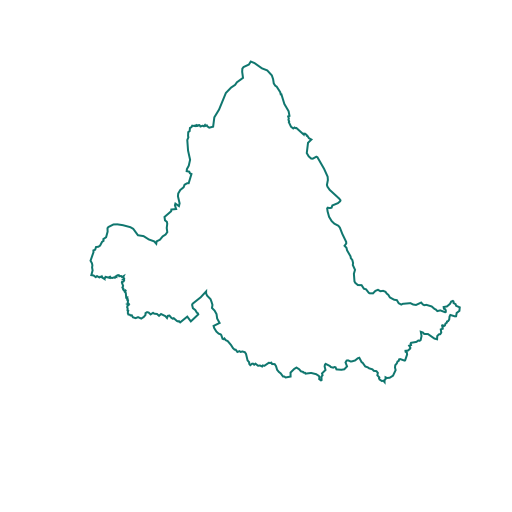 the district of Mueang Uttaradit, Uttaradit, Thailand, rotated 151°
{"feature_id": "78962969B38692905391521", "entity_name": "Mueang Uttaradit", "entity_type": "district", "adm_level": 2, "iso_a3": "THA", "parent_name": "Thailand", "parent_adm1": "Uttaradit", "projection": "equal_earth", "projection_center": [100.198, 17.685], "detail": "fine", "context": "isolated", "style": "outline", "palette": "teal", "viewbox_px": 512, "rotation_deg": 151, "n_neighbors": 0, "source": "geoboundaries", "source_scale": "gbopen_adm2", "svg_char_len": 6118}
<svg xmlns="http://www.w3.org/2000/svg" viewBox="0 0 512 512"><g transform="rotate(151 256 256)"><path d="M102.7,112.3L105.1,115.4L104.8,117.1L106.0,119.1L105.3,120.5L105.6,121.3L107.4,121.5L109.5,120.1L113.4,119.3L116.6,120.4L117.2,118.8L116.3,117.7L116.4,116.4L117.1,115.1L117.8,115.1L121.2,119.1L124.1,119.9L124.7,122.1L125.5,123.1L126.8,126.7L130.7,130.7L132.7,131.4L133.6,132.8L134.1,135.2L139.8,135.6L142.1,137.4L143.8,139.9L150.8,143.0L152.5,143.1L154.1,145.5L154.2,149.1L156.4,150.8L159.0,154.9L159.1,157.9L159.9,159.8L160.1,161.9L161.7,163.9L164.3,164.9L165.7,167.3L168.5,167.6L171.8,166.6L174.6,168.2L175.2,169.1L175.9,173.5L177.5,175.1L177.8,179.3L181.0,181.2L182.2,184.4L182.2,186.0L179.0,193.0L176.1,195.9L175.7,201.2L174.5,202.8L173.7,205.8L174.1,208.2L173.5,209.8L173.6,216.9L172.9,219.3L173.6,222.0L171.0,223.2L170.3,224.6L169.8,233.5L168.9,240.2L169.3,242.5L171.8,246.3L172.9,249.8L173.1,254.8L171.8,260.2L170.7,263.1L169.9,263.5L168.2,262.1L166.5,261.6L164.7,263.2L158.7,262.5L155.8,263.1L155.1,263.8L155.4,265.8L159.5,278.1L159.9,282.0L159.5,283.8L156.3,287.6L154.9,290.6L154.2,299.1L154.4,312.6L155.1,313.6L159.1,313.6L160.5,314.4L161.6,317.6L161.7,321.4L155.6,329.8L151.1,331.0L152.6,333.4L152.8,336.2L153.3,336.5L153.1,337.5L153.9,339.3L154.5,339.6L155.2,339.0L155.3,339.9L155.7,339.9L158.6,348.4L159.5,348.7L160.0,349.7L161.6,349.5L162.7,352.1L162.4,357.2L161.7,357.7L161.6,359.4L160.6,360.4L160.2,362.5L158.8,362.3L157.3,366.8L157.5,375.2L155.4,385.1L156.0,385.4L155.4,387.6L155.8,394.1L156.6,395.6L156.8,398.3L155.3,402.4L154.6,406.3L156.2,412.9L159.8,417.2L163.8,425.5L166.3,428.6L169.4,426.9L175.3,427.3L177.1,426.5L178.8,423.8L181.0,418.1L188.5,417.2L191.3,415.8L196.1,415.4L203.3,413.2L217.3,402.0L225.2,397.5L230.8,389.9L234.7,390.9L235.7,393.0L235.7,394.1L237.1,394.3L237.1,395.3L238.7,394.7L239.5,395.8L241.8,396.2L242.0,397.9L243.1,398.4L243.7,398.1L244.3,399.0L244.8,398.4L245.9,398.9L246.0,399.6L246.6,399.4L248.6,400.9L250.0,400.0L251.7,400.0L253.5,397.4L255.2,397.2L257.3,393.8L257.5,392.7L259.9,390.7L264.3,381.2L267.0,372.1L271.0,367.6L274.3,365.5L275.5,363.8L273.5,362.1L273.7,360.4L272.7,359.0L279.6,352.3L280.9,353.0L283.9,353.0L286.0,351.2L290.1,350.5L293.7,348.4L295.3,346.1L297.3,339.1L299.2,337.0L301.1,340.9L302.3,339.7L303.1,335.8L307.5,337.7L308.5,336.3L317.1,334.5L318.3,331.3L317.4,329.1L318.0,327.2L320.5,323.8L322.0,319.9L324.7,318.6L328.1,318.4L332.2,316.8L335.8,317.0L337.3,315.1L338.0,318.2L341.7,322.4L344.7,327.9L349.2,331.4L350.2,339.3L351.9,342.1L357.5,347.5L361.9,350.9L365.4,352.7L371.1,352.9L372.4,352.3L374.0,349.2L378.0,345.1L381.3,344.8L382.0,343.2L383.8,343.0L387.3,340.7L389.3,340.5L391.6,341.4L393.6,339.5L395.5,339.7L396.3,338.1L403.0,332.1L403.0,329.2L403.6,327.2L404.9,325.5L405.9,322.6L409.3,319.1L407.5,317.7L406.4,315.2L404.8,315.5L403.4,313.2L402.3,313.4L401.7,312.6L400.7,312.9L400.7,311.2L399.7,309.4L399.4,310.2L398.5,310.0L397.7,310.7L394.6,307.8L394.2,308.7L393.7,308.6L393.8,307.8L392.5,306.5L390.5,306.1L390.0,305.4L388.9,306.1L388.2,305.3L387.6,306.2L386.5,306.3L385.3,305.8L385.4,304.6L383.7,303.9L383.4,302.6L381.5,302.6L382.3,302.0L382.3,300.2L383.4,300.0L382.8,299.4L383.2,298.5L384.4,297.9L385.5,298.5L386.2,297.8L386.7,294.3L388.2,293.1L387.8,291.9L388.4,291.3L388.3,289.9L386.9,289.4L386.8,288.8L388.1,288.0L387.8,286.8L389.4,283.2L388.7,282.4L389.7,282.1L389.1,280.6L389.9,280.1L389.4,279.2L390.8,277.4L390.6,276.2L391.8,276.3L391.0,275.0L392.8,274.6L393.6,273.5L393.6,272.5L394.4,271.3L394.3,270.3L394.8,270.3L394.8,269.6L395.8,268.2L396.0,266.7L394.9,265.9L394.6,264.8L393.4,264.4L393.4,262.1L391.4,260.0L388.8,259.7L386.7,256.9L383.7,257.1L381.3,258.0L380.3,259.6L378.5,259.7L377.3,258.6L376.5,256.0L373.6,256.2L373.0,254.9L370.7,253.3L369.8,250.7L367.2,251.3L364.4,247.3L363.9,244.9L362.1,246.4L360.6,245.9L360.0,242.9L359.1,241.4L358.1,241.5L356.7,237.6L355.8,236.4L355.0,236.4L354.5,234.7L345.5,236.3L344.7,230.4L334.8,232.9L334.6,234.0L335.2,235.1L335.3,238.2L336.5,240.9L335.6,244.2L334.6,245.0L324.4,246.7L316.8,249.2L317.8,247.5L318.0,245.1L316.7,240.3L317.1,237.6L317.8,234.3L319.7,231.9L318.7,228.3L318.7,224.3L320.3,220.1L320.3,215.1L327.0,215.4L327.5,213.3L327.3,209.1L326.3,206.2L324.9,204.6L324.7,203.7L325.4,199.8L324.6,198.9L323.6,199.2L323.3,197.1L322.0,195.3L321.0,190.3L320.8,186.6L320.1,184.4L319.2,183.9L318.8,181.1L316.6,180.8L315.9,179.5L314.2,179.1L312.4,177.3L312.2,175.2L314.0,168.8L313.5,166.4L314.2,164.9L313.9,163.3L311.6,163.7L310.8,163.3L310.3,161.8L308.7,162.1L307.4,159.0L305.6,158.3L304.2,156.4L303.2,157.0L301.9,155.9L296.5,156.4L295.5,155.5L294.3,155.3L294.3,153.7L292.1,152.4L291.9,150.0L292.7,146.2L292.2,143.5L291.3,141.4L290.8,137.5L289.7,136.9L289.0,135.4L284.2,133.8L282.3,137.3L277.3,138.7L274.7,138.8L273.2,136.1L272.6,133.3L271.0,131.8L271.0,131.0L269.7,130.0L269.7,129.1L264.5,127.0L260.7,123.5L259.2,120.7L259.3,119.3L260.4,117.7L259.5,115.7L258.8,115.7L257.2,118.8L255.6,119.4L255.2,121.3L250.5,122.6L249.5,126.2L248.4,127.5L247.4,127.9L244.8,124.1L244.4,122.6L242.6,120.9L241.3,120.9L240.4,120.1L240.6,117.8L236.5,115.1L233.7,114.1L229.9,115.3L229.3,119.5L227.4,120.6L226.1,120.1L224.3,117.8L223.1,117.3L220.0,116.6L216.6,117.2L215.0,116.9L215.1,111.8L214.5,111.0L214.0,106.4L212.2,104.4L211.6,103.0L209.1,100.4L208.7,98.5L206.5,96.9L206.1,94.7L207.7,92.8L207.0,90.0L207.7,89.4L207.8,88.1L206.5,85.6L205.1,85.2L204.7,83.4L203.8,85.1L202.4,85.5L201.5,87.1L200.6,85.8L198.1,84.7L194.2,84.9L189.2,88.5L188.5,91.1L187.1,93.0L184.9,93.8L183.4,95.1L182.0,95.1L180.9,96.2L179.8,95.9L176.8,92.5L176.2,92.4L171.6,96.6L170.9,98.4L171.6,99.7L171.2,100.6L168.9,99.6L166.0,100.3L165.5,100.8L165.5,103.3L163.6,102.9L163.2,104.5L162.5,104.9L157.3,103.1L155.0,103.4L154.0,102.5L152.7,102.7L150.0,105.8L148.6,109.8L147.1,108.1L146.7,106.3L143.4,104.3L140.0,97.3L138.0,95.4L136.3,98.1L134.0,98.8L132.8,98.3L131.1,99.2L130.0,102.2L127.9,101.9L126.9,105.0L126.2,104.9L125.7,103.6L124.4,103.7L123.1,105.0L121.4,105.2L120.7,106.1L119.5,105.9L117.8,106.8L116.1,109.2L114.6,110.2L111.2,106.7L110.2,106.3L108.1,108.9L104.7,109.4L102.7,112.3Z" fill="none" stroke="#0f766e" stroke-width="2"/></g></svg>